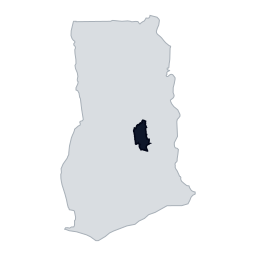 location of Sene West, Brong Ahafo, Ghana
{"feature_id": "2480657B37380438315906", "entity_name": "Sene West", "entity_type": "district", "adm_level": 2, "iso_a3": "GHA", "parent_name": "Ghana", "parent_adm1": "Brong Ahafo", "projection": "natural_earth1", "projection_center": [-0.653, 7.749], "detail": "fine", "context": "in_parent", "style": "filled", "palette": "ink", "viewbox_px": 256, "rotation_deg": 0, "n_neighbors": 0, "source": "geoboundaries", "source_scale": "gbopen_adm2", "svg_char_len": 6374}
<svg xmlns="http://www.w3.org/2000/svg" viewBox="0 0 256 256"><path d="M157.0,17.2L159.0,19.3L159.4,20.5L158.7,25.1L157.3,28.3L156.4,31.2L156.5,32.7L157.4,34.2L160.3,36.6L161.8,38.1L163.6,40.4L165.6,42.7L169.1,45.6L170.6,46.2L170.6,47.0L170.1,48.1L169.8,59.1L169.5,61.9L169.2,63.3L168.9,67.4L168.6,68.0L167.9,68.0L167.3,68.1L167.1,68.9L167.4,69.8L169.5,70.4L169.0,71.0L167.5,71.5L166.7,72.8L167.0,74.2L166.2,75.3L166.4,76.1L167.0,76.6L167.9,76.4L170.3,74.5L171.4,74.3L172.7,74.7L175.0,77.6L175.1,79.0L174.2,83.8L173.2,87.6L173.1,92.5L174.1,95.3L173.9,96.8L172.9,98.2L170.4,100.1L170.6,101.4L171.7,103.8L173.8,106.6L177.8,109.9L179.9,114.3L180.0,116.1L178.7,117.9L177.3,119.4L176.8,121.7L177.5,136.4L174.3,142.7L174.3,144.6L174.6,146.7L175.4,147.9L177.1,148.3L178.4,149.5L177.9,154.0L177.2,158.6L177.1,160.8L176.7,161.8L175.5,162.7L175.0,164.1L175.3,165.9L175.1,167.2L175.8,168.9L177.2,171.0L179.6,176.3L180.5,176.7L180.9,177.8L180.6,178.9L181.5,181.2L184.1,183.5L186.8,185.6L189.0,185.9L189.6,187.7L191.0,190.0L192.1,191.0L193.7,191.7L195.1,192.0L195.2,194.0L192.7,195.3L191.0,197.3L189.8,200.4L188.0,203.8L181.9,205.6L179.6,205.6L167.1,205.7L155.3,212.3L148.6,214.7L144.5,218.4L138.9,221.1L135.0,224.3L126.9,225.9L113.6,231.0L109.5,233.0L105.3,236.5L98.4,240.6L95.8,240.6L90.4,236.7L86.4,234.8L76.6,231.8L69.2,230.7L65.7,229.4L64.7,229.2L65.5,227.8L67.6,227.7L69.7,228.1L71.4,227.0L73.7,226.9L74.4,225.8L74.6,223.0L74.5,220.7L75.4,219.7L75.6,217.1L74.4,211.2L73.6,210.5L69.3,209.7L69.0,208.5L68.2,207.3L67.4,204.2L66.5,199.7L65.0,194.1L62.1,184.9L61.4,181.6L60.9,178.3L60.8,174.3L61.4,172.8L61.3,170.8L61.1,168.7L63.1,164.0L67.1,158.3L67.9,156.2L68.7,154.8L68.8,152.7L69.5,146.0L71.4,137.9L72.6,134.8L73.4,133.2L74.4,130.5L74.6,129.2L78.3,126.0L80.0,125.2L80.4,123.9L79.8,122.5L80.0,121.6L80.9,121.1L82.3,120.8L83.3,119.5L81.7,109.5L80.5,99.5L80.4,98.6L79.7,97.3L79.0,93.1L77.7,90.7L76.0,90.0L76.0,87.8L77.8,83.9L78.2,81.7L77.4,81.0L77.3,79.3L77.9,76.4L77.6,74.7L77.3,72.8L75.5,68.5L75.0,65.4L76.0,63.6L75.9,59.6L75.0,53.5L74.8,49.7L75.5,48.0L75.2,46.5L73.9,45.1L73.8,43.7L74.9,42.3L74.7,41.2L73.4,40.4L72.1,38.6L71.0,35.6L71.2,30.8L73.3,22.0L73.6,21.3L76.0,21.3L76.0,21.7L83.3,21.6L91.7,21.5L101.7,21.4L110.8,21.3L111.2,20.9L112.7,20.4L121.9,21.3L127.6,20.9L130.0,21.2L131.8,21.8L135.8,21.4L137.9,21.6L139.5,23.8L140.2,23.8L141.0,22.9L142.6,21.8L144.2,21.0L145.4,19.3L146.1,18.0L147.1,18.2L148.7,18.1L149.7,17.0L150.0,15.4L157.0,17.2Z" fill="#d9dde1" stroke="#a8b0b8" stroke-width="1"/><path d="M145.6,121.2L144.4,120.7L143.9,120.4L142.7,120.2L142.0,121.2L141.9,121.6L142.3,122.3L142.3,122.5L142.1,122.7L141.6,123.0L141.3,123.0L141.2,123.1L140.9,123.1L140.7,123.0L140.6,122.9L140.4,122.9L140.4,123.0L140.4,123.4L140.2,123.5L139.9,123.9L139.6,123.9L139.6,124.0L139.3,124.4L139.3,124.5L139.1,124.5L138.9,124.9L138.8,125.0L138.7,124.9L138.6,124.7L138.2,124.6L137.8,124.7L137.7,124.8L137.4,125.0L137.2,125.2L137.0,125.4L137.0,125.5L136.9,125.6L137.0,125.7L136.9,125.9L136.8,126.0L136.7,126.1L136.5,126.4L136.4,126.9L136.4,127.0L136.3,127.3L136.1,127.6L135.9,127.8L136.0,127.8L135.9,128.0L135.9,128.5L135.6,128.6L135.3,128.4L135.0,128.4L134.8,128.3L134.5,127.9L134.4,127.9L134.3,128.0L134.3,128.3L134.3,128.6L134.3,128.8L134.3,129.0L134.4,129.3L134.3,129.5L134.2,129.6L134.0,129.9L133.9,129.9L133.9,130.0L133.7,130.4L133.8,130.6L133.7,130.7L133.8,131.0L133.7,131.3L133.7,131.5L133.8,131.7L134.0,132.0L134.1,132.3L134.1,132.6L134.2,132.9L134.2,133.1L134.2,133.3L134.3,133.6L134.5,133.8L134.5,134.0L134.4,134.2L134.4,134.4L134.4,134.5L134.6,134.7L134.7,134.9L134.7,135.3L134.6,135.8L134.6,136.0L134.6,136.4L134.7,136.7L134.9,136.8L134.9,137.5L134.8,137.8L134.8,138.1L135.0,138.3L135.0,138.7L135.1,139.1L135.0,139.4L134.9,139.5L135.0,140.0L135.2,140.3L135.3,140.4L135.4,140.5L135.5,140.6L135.6,140.8L135.5,141.0L135.4,141.2L135.4,141.3L135.4,141.6L135.3,141.9L135.4,142.0L135.6,142.2L135.6,142.3L135.7,142.5L135.6,142.8L135.8,142.9L135.8,143.0L135.9,143.3L136.1,143.4L136.1,143.6L135.9,143.7L135.9,143.9L135.7,144.0L135.9,144.2L136.1,144.1L136.3,144.1L136.5,144.1L136.6,143.9L136.7,143.7L136.8,143.7L137.0,143.6L137.3,143.7L137.5,143.6L137.7,143.4L137.8,143.3L138.0,143.3L138.0,143.2L138.3,142.9L138.3,143.2L138.4,143.4L138.4,143.5L138.5,143.5L138.6,143.4L138.7,143.6L138.8,143.6L139.1,143.9L139.1,144.0L139.3,144.2L139.4,144.3L139.5,144.3L139.4,144.5L139.5,144.6L139.5,144.8L139.4,145.0L139.5,145.1L139.4,145.2L139.4,145.3L139.5,145.3L139.4,145.4L139.4,145.6L139.5,145.6L139.4,145.9L139.5,146.1L139.4,146.3L139.4,146.5L139.3,146.8L139.5,147.0L139.8,147.5L139.8,147.8L139.9,148.0L140.0,148.1L140.1,148.3L140.2,148.5L140.3,148.5L140.6,148.9L140.6,149.0L141.0,149.4L141.0,149.5L141.1,149.8L141.3,149.7L141.6,149.6L141.8,149.5L142.0,149.6L142.3,149.6L142.5,149.5L142.8,149.5L143.0,149.7L143.3,149.8L143.5,149.8L143.8,150.0L144.0,149.9L144.1,150.0L144.2,149.9L144.4,150.0L144.5,150.1L144.8,150.1L145.0,150.2L145.2,150.3L145.3,150.3L145.3,150.2L145.4,150.3L145.6,150.3L145.8,150.4L145.8,150.5L146.0,150.5L146.3,150.5L146.5,150.7L146.8,150.8L147.0,151.0L147.3,151.0L147.5,151.0L147.5,150.9L147.4,150.8L147.4,150.7L147.4,150.4L147.2,150.3L147.2,150.0L147.1,149.8L147.1,149.7L146.8,149.5L146.8,149.2L146.7,148.9L146.7,148.7L146.5,148.2L146.4,147.9L146.2,147.7L146.3,147.4L146.2,147.2L146.2,146.9L146.2,146.7L146.3,146.5L146.4,146.1L146.5,146.0L146.6,145.9L146.6,145.7L146.7,145.4L146.9,145.3L147.2,145.0L147.4,144.9L147.4,144.7L147.6,144.6L147.8,144.6L148.1,144.4L148.3,144.4L148.5,144.2L148.8,144.2L149.1,144.0L149.2,143.8L149.7,143.5L149.9,143.4L149.4,143.3L148.9,143.4L148.9,143.1L148.8,142.9L148.8,142.5L148.7,142.3L148.8,142.1L149.0,141.8L149.1,141.3L149.1,141.0L149.1,140.9L149.1,140.6L149.1,140.4L149.2,140.2L149.2,139.9L149.1,139.7L149.1,139.2L147.2,139.2L147.2,138.8L146.8,138.2L147.0,138.0L146.9,137.9L146.7,137.7L146.4,137.2L146.3,136.7L146.4,136.4L146.0,136.1L146.0,135.8L146.1,135.7L146.2,135.4L146.5,135.2L146.7,134.8L146.7,134.5L146.6,134.3L145.8,134.3L145.7,134.2L145.8,133.9L145.9,133.6L145.8,133.3L145.9,133.1L146.0,132.9L146.0,132.5L145.9,132.1L146.0,131.8L146.0,131.6L145.8,131.3L145.7,130.8L145.8,130.3L145.8,130.1L145.7,130.0L145.5,129.6L145.6,129.2L145.6,128.6L145.7,128.4L145.5,128.1L145.9,127.7L146.0,127.3L146.2,127.2L146.4,127.2L145.2,124.3L145.3,124.1L145.2,124.1L145.2,123.9L145.3,123.5L145.6,121.2Z" fill="#0f172a" stroke="#020617" stroke-width="1.5"/></svg>